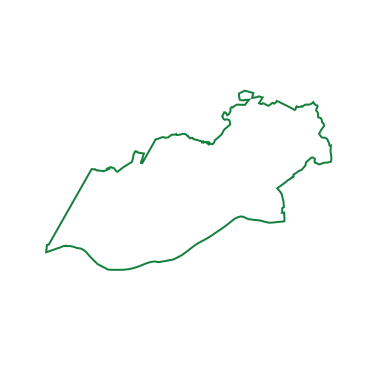 outline of Ābeļu pag., Jekabpils, Latvia, rotated 142°
{"feature_id": "27541924B70311937188190", "entity_name": "Ābeļu pag.", "entity_type": "district", "adm_level": 2, "iso_a3": "LVA", "parent_name": "Latvia", "parent_adm1": "Jekabpils", "projection": "natural_earth1", "projection_center": [25.924, 56.435], "detail": "fine", "context": "isolated", "style": "outline", "palette": "green", "viewbox_px": 384, "rotation_deg": 142, "n_neighbors": 0, "source": "geoboundaries", "source_scale": "gbopen_adm2", "svg_char_len": 5759}
<svg xmlns="http://www.w3.org/2000/svg" viewBox="0 0 384 384"><g transform="rotate(142 192 192)"><path d="M148.4,119.0L137.4,112.1L136.1,113.3L134.2,116.0L132.7,118.1L132.9,118.1L132.2,119.2L133.8,120.2L133.6,120.3L130.7,123.8L129.7,123.6L128.8,123.5L126.9,126.6L125.9,127.9L125.8,128.0L125.7,128.8L125.8,128.8L125.5,128.8L124.0,132.2L122.6,135.0L122.6,136.1L122.4,136.7L122.4,140.1L122.6,142.5L116.0,142.2L112.1,142.1L109.9,142.2L109.6,142.3L106.4,141.8L105.9,141.8L105.9,142.0L104.9,142.0L103.2,142.0L103.3,141.5L102.5,141.5L101.4,143.2L99.2,143.0L98.0,142.8L95.6,142.9L92.0,142.0L86.5,143.0L83.7,145.2L76.6,145.6L75.6,144.9L74.7,142.5L76.4,140.9L77.0,139.8L77.0,139.2L76.5,139.0L76.3,138.8L75.8,137.5L75.5,136.5L74.7,135.5L74.2,135.1L70.1,133.9L69.7,133.6L67.1,131.8L64.0,130.4L63.2,131.0L62.3,131.7L60.8,133.6L58.5,137.6L57.6,139.0L56.7,140.2L55.8,141.1L54.1,142.9L54.7,142.9L55.0,144.1L53.9,146.0L53.5,148.4L53.2,148.7L53.2,148.8L53.1,149.7L52.9,150.9L53.7,152.7L55.6,154.5L56.1,155.1L56.2,157.3L56.0,159.1L56.1,159.5L53.7,160.7L51.3,161.6L48.5,162.4L47.2,162.7L46.2,164.9L46.6,166.6L46.3,167.2L45.2,169.4L45.1,171.2L46.6,173.1L46.3,173.7L45.6,174.7L44.3,176.4L43.9,177.5L44.0,179.7L43.2,180.6L40.4,182.1L40.0,183.0L41.0,184.1L41.0,184.6L41.1,185.5L41.3,186.2L41.5,186.5L41.2,187.5L41.3,187.5L41.7,187.8L41.6,188.1L42.2,188.0L44.6,188.2L45.6,188.8L46.7,189.2L48.0,190.6L49.2,191.1L50.8,191.3L51.3,191.5L52.0,191.2L53.0,191.5L53.1,192.3L53.9,192.4L55.9,193.4L56.0,193.5L56.5,194.7L56.6,194.9L56.9,195.1L57.0,195.1L57.5,194.9L57.8,194.7L58.0,194.6L58.1,194.3L58.6,194.1L59.2,193.6L59.8,193.5L60.2,193.7L60.6,193.5L62.4,197.7L63.2,199.3L63.8,200.8L66.2,205.7L67.8,209.1L68.0,209.7L69.2,211.6L70.5,210.9L72.5,211.0L73.1,211.2L73.1,211.4L73.1,211.7L72.9,211.9L73.2,212.4L73.3,212.5L73.7,212.7L73.9,212.8L76.1,212.7L78.3,212.8L78.6,212.9L78.8,213.0L79.2,213.8L79.5,214.4L81.1,217.9L81.5,218.2L81.9,218.4L82.3,218.4L82.8,218.3L84.0,219.6L84.5,220.8L81.7,221.7L80.2,222.2L78.1,223.0L78.6,223.6L80.5,226.3L81.1,226.3L81.9,226.5L86.6,229.0L86.6,229.3L86.0,229.8L83.7,231.6L82.7,232.1L83.2,233.0L88.1,239.4L94.5,240.7L97.6,235.5L97.0,234.8L96.8,234.4L96.5,233.7L94.9,232.4L94.2,232.3L91.7,230.6L90.2,229.6L90.8,229.5L95.6,228.4L96.6,228.0L97.7,228.9L102.8,233.2L106.1,233.7L107.8,233.5L108.3,234.4L110.2,234.3L111.8,232.1L114.7,230.7L117.0,230.8L116.6,233.8L117.5,235.0L121.6,233.0L122.2,230.0L121.5,228.5L120.4,228.3L119.8,227.8L118.4,225.7L118.4,225.3L120.4,221.6L128.0,221.4L133.5,219.1L140.7,218.7L142.1,218.7L144.3,217.3L146.2,217.2L146.6,217.1L147.1,217.8L147.7,218.4L147.7,218.6L147.9,218.7L148.6,218.9L148.4,219.0L148.2,219.1L148.2,219.3L148.3,219.3L148.8,219.4L148.9,219.5L148.6,219.5L148.4,219.6L148.5,219.7L148.5,219.8L148.1,220.2L148.1,220.4L148.0,220.6L148.0,220.8L148.3,220.9L148.3,220.6L148.5,220.4L149.0,220.5L149.5,220.6L149.8,221.1L149.7,221.2L149.2,221.3L149.0,221.6L149.4,221.8L149.6,221.7L150.0,221.7L150.1,221.8L150.1,222.0L150.4,222.3L150.5,222.6L150.3,222.7L150.7,222.9L150.8,223.3L151.4,223.8L151.6,223.9L151.8,223.9L152.0,223.7L152.4,223.7L152.5,223.8L152.2,223.9L152.2,224.0L152.4,224.1L152.8,224.1L153.1,224.5L153.5,224.8L153.0,225.2L152.6,225.4L153.2,225.8L153.8,226.9L155.0,228.3L155.6,229.4L156.6,230.6L157.2,231.6L158.3,232.6L158.3,233.3L158.2,233.8L158.5,234.3L158.5,234.6L159.0,234.9L160.0,235.3L160.4,235.4L160.4,235.7L160.4,236.3L160.7,236.5L160.7,237.9L160.6,238.4L161.1,238.6L161.0,239.3L161.3,240.3L161.5,241.6L163.6,243.6L165.1,244.1L168.0,245.6L168.9,246.3L168.8,247.5L169.8,247.4L170.5,248.2L170.9,248.3L173.0,249.7L176.9,249.7L177.6,249.9L179.7,251.2L179.8,251.6L180.5,252.5L181.7,253.5L183.9,254.2L186.0,254.8L186.3,254.9L188.1,255.9L213.4,245.4L214.3,246.4L212.7,247.7L212.4,247.5L209.1,250.0L206.2,251.9L206.7,252.4L209.0,255.0L210.7,256.8L210.4,257.6L211.5,259.0L212.5,258.8L212.8,258.4L215.3,257.3L216.6,255.9L218.6,254.3L220.8,252.8L222.0,252.7L222.9,253.0L227.5,253.4L230.9,253.8L238.2,253.8L238.6,254.3L238.9,255.8L238.8,258.7L240.8,261.7L241.6,261.7L242.0,261.8L242.1,261.7L242.2,262.1L242.3,262.2L242.8,262.2L242.9,261.9L243.1,261.6L243.2,261.4L243.3,261.3L243.7,261.2L243.9,261.4L243.6,261.8L243.5,262.0L243.5,262.3L243.7,262.5L244.5,262.7L244.9,262.6L245.0,262.6L245.2,261.9L245.3,261.8L245.6,261.7L245.8,261.8L247.1,262.2L248.2,262.7L248.4,262.8L248.7,262.7L248.8,262.8L250.9,265.0L253.0,267.0L253.1,267.4L253.4,267.6L253.7,267.6L254.1,268.2L254.1,268.5L254.5,269.8L255.3,270.1L256.9,271.9L308.8,250.5L316.1,247.5L316.6,247.3L317.5,246.9L337.3,238.7L338.8,239.6L340.5,238.0L341.8,236.5L342.0,236.5L342.2,236.4L344.0,234.3L331.5,230.0L330.8,229.7L329.3,229.2L327.2,228.8L326.2,228.3L325.7,228.0L325.3,227.8L325.5,227.7L321.9,224.9L321.2,224.3L319.9,222.8L318.2,220.5L317.3,218.9L316.4,218.0L314.5,216.0L314.1,215.1L313.6,214.3L312.9,212.0L312.4,209.8L312.3,208.9L312.3,207.5L312.2,206.3L312.2,205.0L312.0,203.0L311.8,201.7L311.5,198.8L311.1,195.9L311.0,194.7L310.9,193.8L310.6,192.9L309.8,191.0L309.0,189.3L308.5,188.0L307.5,186.2L307.1,185.3L306.5,183.5L305.5,182.1L301.7,178.9L297.5,175.7L296.1,174.6L293.9,172.9L292.2,171.9L289.1,170.0L287.3,169.2L285.2,168.1L282.5,167.1L278.7,165.8L277.2,165.4L276.2,165.1L274.9,164.8L272.2,164.0L270.3,163.3L268.4,162.6L266.6,161.7L264.6,160.5L263.2,159.2L261.8,157.7L260.4,156.6L257.5,155.2L256.1,154.3L251.2,151.9L249.9,151.1L247.6,150.1L239.0,148.5L231.9,148.3L227.9,148.3L221.8,148.2L216.9,147.6L211.4,146.6L208.1,146.1L203.4,145.6L200.8,145.5L188.7,144.7L185.6,144.6L181.6,144.6L175.0,144.7L172.6,144.2L170.1,143.4L169.0,142.9L168.1,142.2L167.2,141.3L166.6,140.5L166.2,139.7L165.8,138.7L165.1,137.4L164.5,136.4L164.0,135.6L158.5,130.1L156.4,128.2L154.9,126.4L153.0,123.7L151.2,121.5L150.1,120.3L148.4,119.0Z" fill="none" stroke="#15803d" stroke-width="2"/></g></svg>